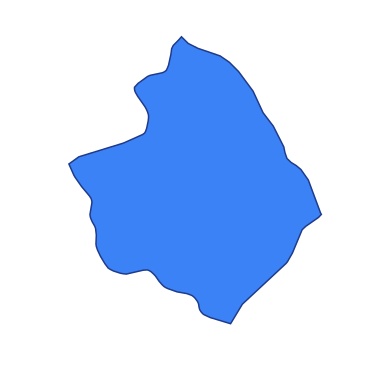 map outline of Le Kef (Mercator projection), rotated 140°
{"feature_id": "TUN-109", "entity_name": "Le Kef", "entity_type": "Governorate", "adm_level": 1, "iso_a3": "TUN", "parent_name": "Tunisia", "parent_adm1": "", "projection": "mercator", "projection_center": [8.752, 36.03], "detail": "fine", "context": "isolated", "style": "filled", "palette": "blue", "viewbox_px": 384, "rotation_deg": 140, "n_neighbors": 0, "source": "natural_earth", "source_scale": "10m", "svg_char_len": 1507}
<svg xmlns="http://www.w3.org/2000/svg" viewBox="0 0 384 384"><g transform="rotate(140 192 192)"><path d="M100.3,317.7L99.4,308.2L95.1,298.2L83.0,278.2L80.0,267.4L78.9,254.4L80.4,230.0L85.6,210.8L86.6,207.1L87.4,190.2L92.7,167.5L95.5,162.4L97.7,156.6L97.1,151.0L95.2,145.3L94.1,139.2L95.2,126.4L107.0,93.3L107.3,91.7L111.3,91.2L126.9,92.6L131.9,92.3L154.3,80.7L163.8,77.2L166.0,76.8L225.5,73.7L247.1,66.3L258.7,84.0L261.7,90.4L262.0,91.7L262.1,94.1L261.8,96.5L261.4,97.7L260.2,100.0L259.4,101.2L258.6,102.9L258.1,105.1L257.9,109.1L258.2,111.3L258.7,113.1L261.2,117.4L267.7,125.2L272.5,133.3L273.6,135.7L274.2,137.6L274.5,140.1L274.6,144.6L274.0,151.0L274.1,153.2L274.6,157.3L275.4,159.5L276.4,161.1L279.7,163.5L295.0,171.3L296.8,173.1L299.0,175.7L302.9,181.9L304.3,185.1L305.1,187.6L304.8,193.0L303.5,201.4L301.7,208.2L300.4,211.6L299.0,213.9L293.0,220.5L289.4,225.9L288.5,228.2L287.7,232.8L287.0,235.4L286.1,237.9L285.4,239.2L284.6,240.4L275.8,247.9L274.9,248.9L274.1,250.4L273.7,251.3L273.4,252.4L273.1,255.0L273.1,267.1L272.1,278.5L271.7,280.8L268.3,292.6L256.0,291.7L213.2,273.6L192.9,267.8L190.4,267.6L188.4,268.4L185.7,270.0L180.0,274.5L177.6,276.8L176.1,278.6L175.5,279.7L174.5,282.2L173.7,285.0L173.2,287.6L172.1,300.2L171.4,304.2L170.8,306.3L169.5,308.4L168.7,309.2L163.4,309.9L151.9,309.1L149.1,308.3L138.2,302.5L137.0,302.1L135.8,301.8L133.6,301.7L131.5,302.6L128.5,304.2L119.7,311.0L115.4,314.9L112.2,316.3L104.8,317.0L100.3,317.7Z" fill="#3b82f6" stroke="#1e3a8a" stroke-width="1.5"/></g></svg>